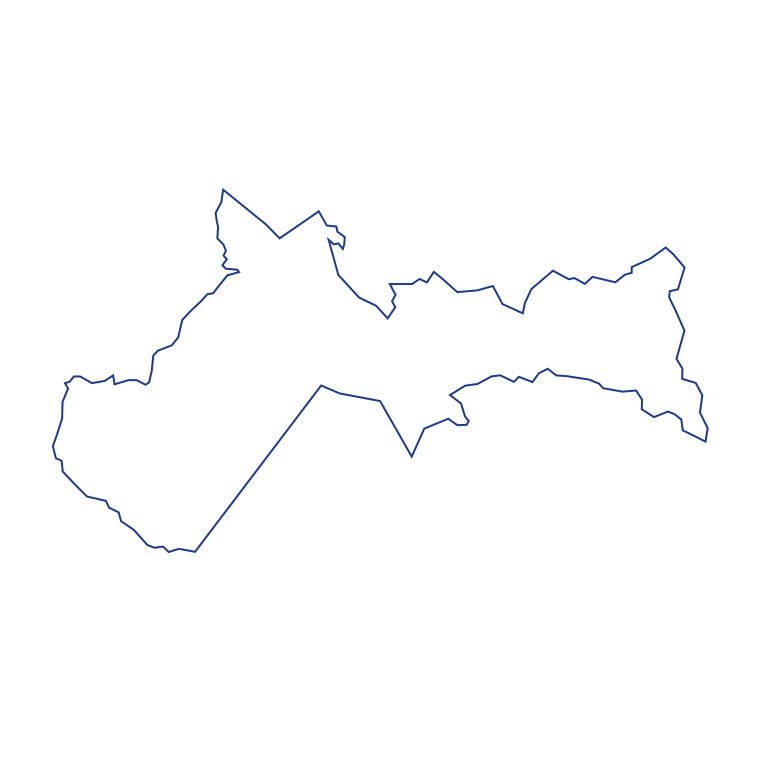 outline of Karauzyak, Karakalpakstan, Uzbekistan, rotated 94°
{"feature_id": "79887680B51354655878923", "entity_name": "Karauzyak", "entity_type": "district", "adm_level": 2, "iso_a3": "UZB", "parent_name": "Uzbekistan", "parent_adm1": "Karakalpakstan", "projection": "equal_earth", "projection_center": [60.083, 42.694], "detail": "fine", "context": "isolated", "style": "outline", "palette": "blue", "viewbox_px": 768, "rotation_deg": 94, "n_neighbors": 0, "source": "geoboundaries", "source_scale": "gbopen_adm2", "svg_char_len": 2018}
<svg xmlns="http://www.w3.org/2000/svg" viewBox="0 0 768 768"><g transform="rotate(94 384 384)"><path d="M419.1,59.3L405.5,58.0L390.5,66.8L373.0,65.7L361.2,73.1L358.1,86.9L347.8,87.4L338.5,94.0L324.2,91.0L309.8,88.0L290.5,98.2L277.4,105.7L271.5,105.4L269.1,97.4L246.9,92.3L234.7,104.1L228.2,112.5L240.6,127.4L250.1,145.0L255.8,144.7L258.2,151.4L266.4,160.3L262.6,183.5L270.1,190.6L265.0,201.4L266.6,206.9L259.2,223.4L279.0,243.6L293.5,249.1L303.8,250.5L296.0,271.4L278.7,282.2L284.1,297.5L287.2,317.3L274.6,333.6L268.7,342.1L279.7,348.3L276.7,355.8L282.3,362.9L283.9,385.2L294.2,378.7L300.9,381.7L306.6,378.1L318.3,384.9L306.6,397.2L299.4,415.0L278.3,437.2L244.0,449.3L248.2,443.7L246.9,439.4L252.1,434.5L247.4,433.4L240.2,433.4L235.3,441.1L230.2,442.6L229.9,452.1L216.3,461.1L246.0,498.3L233.4,512.4L201.4,558.0L214.0,559.0L225.1,563.9L234.3,561.9L238.7,560.5L250.4,560.4L256.0,554.0L262.0,551.0L267.1,553.0L270.6,549.5L276.7,553.5L280.0,550.0L280.2,538.5L282.5,536.4L286.4,547.7L298.5,556.2L305.3,560.7L306.8,566.5L314.4,572.5L325.0,582.3L334.3,589.8L351.8,592.5L360.2,598.4L366.6,612.0L371.7,616.1L387.0,616.6L398.8,618.5L401.4,621.9L397.5,630.8L397.9,639.1L403.1,652.8L394.3,654.8L400.4,662.8L403.5,675.4L397.7,687.6L398.1,693.9L403.5,697.6L405.4,702.3L410.6,698.8L424.1,703.4L440.7,702.7L456.9,706.6L469.1,710.0L480.8,706.2L483.2,700.2L493.7,698.4L505.7,685.4L517.0,672.4L520.0,653.2L526.5,649.7L530.6,639.7L539.2,636.7L547.1,623.2L561.1,608.9L563.4,601.5L561.6,593.1L566.6,587.0L562.8,577.3L563.2,572.7L564.6,560.8L389.9,446.6L396.5,427.6L401.3,386.7L454.5,351.3L425.7,340.7L414.2,317.5L420.0,307.9L418.9,298.6L414.9,296.9L410.7,300.9L398.1,305.8L390.4,317.4L380.0,302.9L377.4,290.6L368.9,277.2L367.2,268.6L372.8,254.6L367.4,249.9L371.7,236.0L362.4,230.2L357.4,221.7L363.4,212.8L363.4,202.2L365.3,179.7L368.6,169.6L372.9,165.1L375.0,145.7L372.9,132.1L381.6,125.5L391.2,125.1L398.2,112.3L391.7,99.0L393.8,92.1L398.6,85.0L409.4,82.7L414.5,70.0L419.1,59.3Z" fill="none" stroke="#1e3a8a" stroke-width="2"/></g></svg>